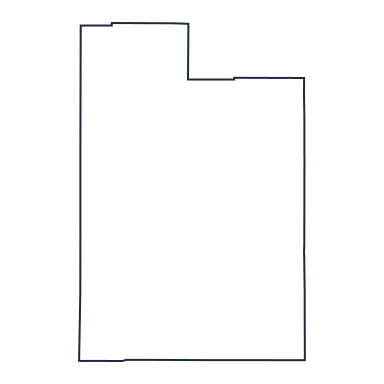 Sweetwater, Wyoming, United States of America, rotated 270°
{"feature_id": "52423323B6016539214973", "entity_name": "Sweetwater", "entity_type": "district", "adm_level": 2, "iso_a3": "USA", "parent_name": "United States of America", "parent_adm1": "Wyoming", "projection": "mercator", "projection_center": [-109.016, 41.634], "detail": "fine", "context": "isolated", "style": "outline", "palette": "slate", "viewbox_px": 384, "rotation_deg": 270, "n_neighbors": 0, "source": "geoboundaries", "source_scale": "gbopen_adm2", "svg_char_len": 657}
<svg xmlns="http://www.w3.org/2000/svg" viewBox="0 0 384 384"><g transform="rotate(270 192 192)"><path d="M23.8,304.8L29.4,304.8L30.1,304.9L30.3,304.9L33.5,304.8L49.4,304.8L49.5,304.8L67.9,304.7L68.1,304.7L73.1,304.7L90.7,304.7L91.8,304.7L96.4,304.6L129.5,304.2L132.0,304.0L139.7,304.3L156.1,304.3L178.1,304.4L211.6,304.4L225.4,304.5L228.9,304.4L262.0,304.4L271.2,304.3L289.1,304.0L306.0,304.1L306.2,234.2L304.5,234.2L304.5,189.0L304.5,188.0L360.2,188.4L360.7,173.7L361.0,111.8L358.5,111.8L358.5,80.7L236.8,80.4L156.9,80.4L90.8,80.3L23.1,79.1L23.0,122.1L24.1,126.3L24.1,156.8L23.9,202.5L23.8,304.8Z" fill="none" stroke="#1e293b" stroke-width="2"/></g></svg>